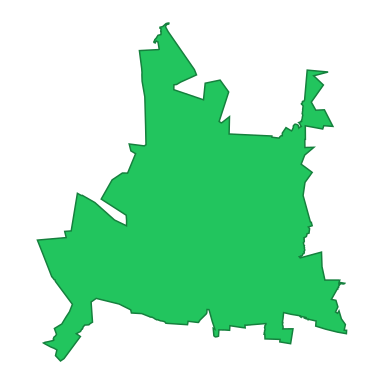 Charcas, San Luis Potosí, Mexico (orthographic projection)
{"feature_id": "50627088B65419773344974", "entity_name": "Charcas", "entity_type": "district", "adm_level": 2, "iso_a3": "MEX", "parent_name": "Mexico", "parent_adm1": "San Luis Potosí", "projection": "orthographic", "projection_center": [-101.043, 23.271], "detail": "fine", "context": "isolated", "style": "filled", "palette": "green", "viewbox_px": 384, "rotation_deg": 0, "n_neighbors": 0, "source": "geoboundaries", "source_scale": "gbopen_adm2", "svg_char_len": 5701}
<svg xmlns="http://www.w3.org/2000/svg" viewBox="0 0 384 384"><path d="M328.1,72.0L307.2,70.1L304.6,99.8L303.8,101.2L302.8,101.3L302.7,101.7L302.3,101.9L302.3,102.4L302.5,102.6L302.4,102.9L302.1,103.1L301.9,103.3L301.8,103.5L301.7,103.6L301.4,103.7L301.4,104.0L301.8,104.5L302.3,104.8L302.5,105.0L303.0,105.8L303.1,106.2L303.1,106.4L302.9,107.0L302.9,107.3L302.9,107.6L302.9,108.1L302.7,108.8L302.6,109.2L302.7,109.5L302.7,110.2L302.7,110.8L302.6,111.4L302.5,111.6L302.4,112.0L302.5,113.1L302.2,113.3L302.3,113.5L302.3,114.0L302.6,114.5L302.8,115.3L302.6,115.8L302.5,116.2L302.3,117.5L302.2,118.0L302.1,119.0L301.9,119.5L301.5,120.6L301.3,120.8L301.2,121.0L301.6,121.4L301.6,121.5L301.4,121.6L300.9,121.4L300.2,122.0L299.1,122.4L299.0,122.5L298.7,122.6L298.8,122.7L299.3,123.1L299.5,123.4L299.8,123.7L299.9,124.0L300.0,124.3L300.2,124.6L300.5,125.4L300.7,125.6L301.0,126.1L301.3,126.5L299.3,127.4L298.9,128.0L298.6,127.2L298.2,125.3L297.1,124.6L295.7,124.2L295.1,124.2L294.6,124.4L294.3,124.8L293.6,125.5L293.3,126.0L293.3,127.5L292.2,130.0L291.5,130.9L290.5,130.3L286.0,127.6L282.3,133.1L282.3,135.7L281.2,135.7L279.9,136.8L279.0,138.1L271.9,137.2L271.9,136.0L229.1,134.0L229.5,116.7L221.7,122.8L221.3,122.7L221.1,122.8L219.1,121.5L228.7,92.0L220.1,80.1L205.2,83.2L203.5,99.8L173.8,89.7L173.9,84.8L176.6,84.5L180.6,82.1L196.5,74.9L194.4,69.6L168.1,31.6L165.5,26.8L166.1,25.4L166.5,24.8L167.5,24.3L168.3,24.2L168.9,23.8L168.8,23.0L167.3,23.2L166.0,23.6L164.9,24.6L162.9,26.4L161.5,26.9L160.0,27.2L159.9,28.1L161.1,29.0L160.7,31.3L160.8,31.7L161.1,31.7L160.9,34.6L158.3,35.2L157.9,35.4L157.6,36.0L156.5,37.6L156.5,37.9L154.9,39.5L154.3,41.1L154.0,41.5L153.8,42.0L154.0,42.3L154.2,42.6L155.3,42.9L155.5,42.1L156.1,41.3L156.4,41.1L156.6,41.1L157.6,41.9L157.8,42.0L158.0,42.0L159.2,49.3L158.5,49.6L139.4,50.6L141.7,68.5L142.0,72.5L141.9,75.0L142.1,81.2L144.8,96.8L144.9,99.8L145.0,103.3L145.5,122.1L145.6,125.4L146.0,144.7L144.3,145.9L129.2,144.0L130.9,150.9L135.6,153.7L127.6,173.1L122.4,173.0L112.1,179.9L101.2,199.1L126.2,215.2L126.6,220.6L126.5,225.8L114.5,220.0L94.8,202.5L82.2,195.3L81.3,195.5L77.4,193.3L71.2,230.9L64.7,231.4L65.3,233.9L66.2,237.6L46.5,239.3L37.4,240.1L42.4,252.7L49.6,271.1L51.6,276.3L51.7,276.7L51.9,276.8L52.1,276.9L54.2,279.7L55.0,279.8L55.4,281.4L72.4,304.3L69.5,311.7L65.9,317.2L61.8,324.0L54.4,328.5L56.5,334.3L55.7,335.6L55.2,336.2L54.4,336.7L54.0,337.1L53.4,338.5L53.3,339.1L53.9,339.9L53.5,340.4L52.6,340.6L52.4,340.7L48.1,341.7L45.0,342.3L44.0,342.8L43.5,343.0L43.8,343.2L44.1,343.4L45.4,344.1L46.1,344.5L49.3,346.2L50.6,346.9L52.8,347.8L54.1,348.3L56.9,349.9L55.5,355.7L60.5,361.0L64.0,358.6L80.4,336.5L76.3,333.7L79.8,331.8L80.5,331.5L81.7,329.2L82.2,329.2L82.5,328.8L83.3,326.6L84.3,325.7L84.6,325.1L88.9,324.8L89.9,323.8L91.4,322.8L92.5,322.2L91.1,302.0L96.2,298.4L119.0,304.0L130.7,309.8L131.4,313.0L141.8,313.6L148.6,316.3L149.2,316.5L149.6,316.8L150.7,317.1L151.6,317.1L152.0,317.3L152.5,317.3L153.0,317.7L154.0,318.2L154.9,318.9L157.0,319.9L158.0,319.6L158.6,320.1L159.9,320.6L160.9,320.9L162.2,321.0L162.9,321.2L164.7,321.7L165.8,323.2L167.6,323.4L187.5,324.7L188.1,321.3L198.2,322.5L198.5,322.4L198.9,321.9L198.9,321.5L199.5,321.0L199.9,320.2L206.2,314.0L206.8,312.9L207.0,309.5L209.0,309.6L212.3,321.6L214.9,329.3L213.2,328.3L213.9,335.8L214.8,336.6L215.4,336.9L217.0,336.7L218.5,336.2L218.9,329.9L225.0,330.0L229.6,330.3L229.9,325.7L241.8,327.5L245.2,327.9L244.9,325.2L247.6,325.1L248.3,325.0L250.3,324.9L250.6,324.8L266.6,323.5L266.4,323.6L266.0,323.8L265.9,324.0L265.7,324.1L265.7,324.3L265.7,324.5L265.6,324.8L265.5,325.0L265.4,325.2L265.3,325.3L265.2,325.3L265.0,325.5L264.9,325.8L264.9,326.0L264.9,326.3L264.9,326.5L264.7,327.2L264.8,327.2L264.7,327.6L264.8,327.7L264.8,327.8L264.7,328.0L264.8,328.3L264.9,328.7L264.9,329.2L265.1,329.7L265.0,329.8L264.8,330.6L264.6,330.7L264.6,330.8L264.6,331.0L264.6,331.5L264.5,331.9L264.5,332.0L264.4,332.1L264.3,332.3L264.5,332.5L264.4,333.0L264.4,333.3L264.2,333.6L264.0,334.1L264.8,334.2L265.0,338.9L280.1,339.4L279.8,341.9L290.6,343.7L293.0,328.8L282.8,328.9L283.1,328.0L283.0,326.2L282.9,325.7L282.5,325.0L282.5,323.5L282.7,323.3L282.9,322.8L282.8,322.3L282.4,322.2L283.0,318.6L283.6,312.6L291.1,314.3L300.2,315.8L300.0,316.4L301.2,317.3L301.6,316.5L304.2,317.1L304.3,318.1L304.9,318.2L305.1,317.3L306.2,317.6L306.1,318.8L306.8,318.9L307.8,319.2L308.0,319.1L308.2,319.7L308.3,319.6L308.6,319.3L316.1,321.0L315.7,326.1L325.4,329.1L337.4,332.1L346.4,333.7L346.6,330.3L344.2,330.2L345.4,324.5L341.4,318.9L339.0,310.9L337.6,313.3L335.5,312.0L337.9,306.9L335.9,300.3L331.4,299.4L337.3,288.9L337.7,289.0L337.7,288.9L337.6,288.7L337.8,288.2L338.2,287.7L338.3,287.6L338.6,287.2L338.3,287.0L338.5,286.4L339.8,284.5L338.9,284.3L338.9,283.6L340.5,283.9L340.6,283.5L343.2,284.0L344.6,283.6L344.8,283.3L339.1,282.3L339.4,281.2L339.4,280.7L339.5,280.5L339.7,280.2L338.8,280.1L324.9,280.1L322.0,266.7L321.5,252.1L300.2,257.9L299.2,256.7L300.0,256.5L300.8,255.9L301.4,256.0L302.3,255.4L302.5,255.1L302.7,254.2L303.0,253.9L304.0,253.5L304.0,253.0L304.3,252.4L304.0,251.5L304.2,251.4L304.7,250.4L304.7,249.5L304.3,248.4L304.5,247.5L304.2,246.8L304.2,246.0L304.4,245.5L303.9,245.2L303.6,243.8L303.4,243.0L303.4,242.6L303.8,242.3L304.3,241.5L304.1,240.9L304.3,240.2L304.2,239.7L303.9,239.3L304.2,238.6L303.9,237.8L306.4,236.5L307.1,233.7L309.0,233.2L309.6,228.7L308.3,227.0L312.2,225.7L311.9,224.8L311.9,224.3L311.4,223.1L311.4,222.3L310.4,222.0L303.1,195.5L305.0,182.4L312.2,172.4L301.2,164.2L304.7,155.1L313.9,147.3L304.9,147.5L304.8,139.4L305.4,139.4L305.3,125.8L322.7,129.0L323.8,125.7L332.9,126.4L324.4,109.8L315.8,110.2L311.3,102.1L323.4,85.0L313.7,75.8L328.1,72.0Z" fill="#22c55e" stroke="#15803d" stroke-width="1.5"/></svg>